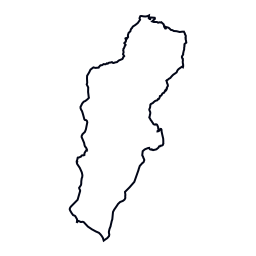 Valiug, Caras-Severin, Romania
{"feature_id": "2599482B27946002625345", "entity_name": "Valiug", "entity_type": "district", "adm_level": 2, "iso_a3": "ROU", "parent_name": "Romania", "parent_adm1": "Caras-Severin", "projection": "mercator", "projection_center": [22.046, 45.195], "detail": "fine", "context": "isolated", "style": "outline", "palette": "ink", "viewbox_px": 256, "rotation_deg": 0, "n_neighbors": 0, "source": "geoboundaries", "source_scale": "gbopen_adm2", "svg_char_len": 5678}
<svg xmlns="http://www.w3.org/2000/svg" viewBox="0 0 256 256"><path d="M103.7,240.6L105.5,239.3L107.3,238.1L109.0,236.1L109.3,234.5L108.9,232.8L108.9,231.6L109.2,230.3L109.5,229.0L110.0,227.7L110.5,226.5L110.9,224.6L111.3,222.9L111.7,221.1L112.3,219.3L113.0,212.0L114.1,209.8L117.2,205.3L118.0,204.0L120.1,202.0L122.9,200.9L124.3,199.8L124.6,199.5L125.0,198.7L125.3,198.0L125.2,195.8L125.4,195.1L125.0,191.9L129.5,187.4L134.3,181.9L138.6,169.7L138.6,169.4L139.8,165.9L141.9,163.6L142.3,163.1L143.1,162.6L143.6,162.1L144.3,160.0L144.0,159.2L143.9,158.8L143.3,157.7L143.3,157.3L143.1,157.0L142.9,156.3L142.3,155.6L142.3,154.6L142.4,153.9L142.7,151.2L144.6,149.5L145.4,149.1L148.2,148.0L149.1,147.9L149.1,148.3L150.0,149.3L150.5,149.5L151.2,149.5L151.7,149.3L152.2,149.9L152.7,149.8L152.9,149.9L153.0,149.9L153.2,150.1L155.0,149.7L156.1,149.4L156.5,149.3L156.9,148.9L158.4,147.7L159.1,146.4L160.4,146.2L160.5,145.7L162.0,145.5L162.4,145.3L162.8,145.0L163.3,143.7L163.2,143.6L163.3,143.0L163.3,142.2L163.3,140.8L163.2,138.7L162.2,134.4L161.6,131.5L161.5,129.8L161.4,129.5L161.1,129.0L160.4,128.9L160.1,129.2L159.5,130.3L159.0,130.9L158.1,131.3L157.5,131.4L157.5,131.1L158.4,130.5L158.5,129.6L158.2,128.5L158.2,127.5L157.6,125.9L157.0,124.7L156.2,124.3L155.6,124.3L155.4,124.6L154.7,124.6L154.0,124.4L153.3,123.9L153.0,123.2L152.1,122.0L151.7,121.2L150.9,120.3L150.3,119.2L149.9,118.3L149.3,117.6L149.4,117.0L149.8,115.9L149.9,114.8L150.2,114.0L150.3,112.8L150.2,112.0L149.9,111.3L149.4,110.1L149.3,109.3L149.9,108.0L150.2,106.8L150.2,105.8L150.4,105.2L150.4,104.6L150.6,104.5L150.9,104.0L152.9,103.0L153.6,102.2L155.1,101.0L155.8,100.7L157.2,100.3L157.6,99.7L157.9,99.2L158.3,99.3L158.7,99.1L159.6,97.6L159.8,96.9L159.9,96.1L160.3,96.0L161.3,95.5L162.4,93.6L163.2,93.0L164.1,92.7L164.4,92.2L164.6,91.5L165.4,90.2L165.8,90.6L166.3,90.0L166.9,88.7L166.7,88.5L166.7,88.2L166.8,87.8L167.3,86.9L167.5,86.6L167.7,86.2L167.8,86.0L167.9,85.9L167.8,85.1L167.7,84.8L167.7,84.4L167.1,83.2L166.8,81.7L166.5,80.8L166.4,80.7L166.9,80.1L167.4,80.0L167.6,79.9L168.7,78.9L169.9,78.2L170.4,77.9L170.9,77.2L171.2,76.9L171.5,76.5L172.1,75.9L172.2,75.7L173.4,74.6L173.6,74.4L174.2,74.1L175.3,73.3L176.6,72.4L177.3,70.7L177.5,70.4L177.9,69.8L178.8,68.9L179.6,68.4L179.9,68.1L180.2,67.9L180.7,67.6L181.8,66.8L182.0,66.7L182.6,67.1L182.9,67.3L183.1,66.6L183.2,65.9L183.1,65.3L183.1,64.2L182.8,63.1L182.8,62.8L182.8,62.4L182.7,61.9L182.9,60.7L182.8,59.3L182.9,59.0L182.7,58.6L182.4,58.5L182.4,58.3L182.0,57.6L181.9,57.1L181.9,56.8L182.1,56.1L182.6,55.5L182.8,55.0L183.0,54.8L183.1,54.6L183.2,54.2L183.2,53.9L183.1,53.6L183.1,53.4L183.2,53.0L183.3,52.8L183.6,51.3L183.7,50.9L183.8,50.5L184.0,50.1L184.1,49.8L184.2,48.2L184.2,47.3L184.4,46.8L184.5,46.0L184.5,45.5L184.4,45.5L184.4,44.8L184.5,44.6L184.5,44.4L184.6,43.9L185.1,43.5L185.4,43.4L185.9,42.9L186.3,42.6L186.1,41.6L186.1,41.2L186.0,40.7L185.9,40.2L185.8,39.7L185.7,39.4L185.6,39.1L185.7,38.8L185.6,38.4L185.8,38.0L185.7,37.8L185.5,37.6L185.5,37.4L185.7,36.8L185.8,36.2L185.8,35.9L185.6,35.7L185.4,34.9L185.0,34.4L184.9,34.1L184.9,33.6L184.4,32.6L184.0,32.1L183.9,31.7L182.1,31.7L179.7,32.0L176.6,31.2L173.8,31.0L172.5,30.2L170.9,29.9L169.6,28.6L168.6,27.8L167.5,27.4L166.5,27.2L165.8,26.9L166.0,27.5L165.9,28.4L165.3,28.5L164.2,26.8L163.7,24.4L161.3,22.2L160.4,22.5L159.4,22.3L158.1,22.7L156.9,22.0L153.8,22.0L152.2,21.4L154.9,18.8L154.7,17.8L152.8,17.6L150.5,17.5L150.2,19.1L149.6,19.0L148.7,18.1L149.0,15.4L147.6,16.1L145.7,16.5L143.7,16.4L142.0,16.1L141.0,16.0L140.3,16.2L139.5,18.2L140.1,19.7L137.8,23.0L135.3,25.0L132.8,26.6L131.8,28.3L131.3,28.6L130.6,30.1L130.4,31.2L129.3,32.3L128.7,32.7L127.9,35.1L128.1,37.0L127.0,38.5L126.6,38.0L126.4,37.9L126.2,38.0L125.5,38.3L125.4,38.6L125.5,38.8L125.9,39.5L126.0,39.7L126.0,40.6L125.8,40.9L125.8,41.6L124.9,42.4L124.3,43.1L124.7,43.7L125.6,44.8L125.5,45.1L125.3,45.5L124.7,46.1L124.6,46.7L123.9,48.3L123.4,48.9L123.4,49.9L123.2,50.4L123.4,51.0L123.6,52.3L123.0,54.2L124.2,56.1L123.7,56.7L123.1,57.3L122.9,58.2L122.4,59.0L118.8,60.5L117.0,62.1L115.3,62.4L114.3,62.7L114.2,62.8L113.5,63.0L112.7,62.8L112.1,62.2L111.5,62.2L111.0,62.5L109.7,62.6L108.5,62.9L107.9,63.6L107.3,63.7L106.8,63.4L106.4,63.7L105.7,64.2L105.4,64.3L103.6,64.1L102.3,65.0L101.9,65.2L101.3,65.3L100.9,65.2L100.0,65.7L99.9,66.0L99.0,66.9L98.9,67.2L98.7,67.6L97.8,67.7L95.4,67.9L93.4,67.4L90.5,69.6L89.1,72.5L87.1,75.8L87.0,78.5L87.2,82.9L86.7,84.4L88.2,87.4L88.1,92.0L88.7,96.9L88.9,97.8L87.6,99.2L85.3,101.0L83.7,101.7L82.2,103.5L81.3,105.4L81.0,106.0L80.5,106.9L80.6,108.4L81.2,109.8L82.0,111.1L82.8,113.6L83.2,115.0L83.6,116.5L84.0,118.0L84.4,119.4L84.9,119.9L85.0,120.0L85.6,120.1L86.2,120.2L86.9,120.9L87.3,122.3L85.9,129.3L84.9,131.9L82.5,134.2L81.7,135.9L81.6,137.0L84.1,142.9L84.5,145.0L85.0,146.5L85.7,147.2L86.0,147.6L86.5,148.5L86.8,149.3L86.6,149.3L86.5,149.9L86.7,150.5L86.2,150.5L86.0,150.8L85.6,151.3L85.2,151.9L84.8,152.6L84.5,153.2L84.4,153.9L84.3,154.7L84.4,154.9L83.8,155.3L82.2,155.3L81.5,155.7L81.0,156.6L79.8,157.1L78.9,157.5L77.9,157.5L77.7,157.7L77.5,158.5L77.4,159.3L77.1,160.2L76.7,161.2L76.7,161.6L77.2,161.9L76.8,162.8L77.2,164.0L79.8,167.9L81.8,172.4L82.4,175.2L82.2,177.2L81.7,178.4L81.3,181.2L81.2,184.0L80.9,185.2L79.1,187.9L79.5,189.1L80.1,190.2L80.1,191.1L77.6,199.8L70.8,206.7L70.5,207.2L70.1,207.8L69.9,208.4L69.7,209.1L69.9,209.9L70.3,210.8L71.6,213.0L73.1,215.1L73.7,215.3L74.2,215.5L74.8,215.8L75.3,216.2L76.2,217.8L77.0,219.2L77.1,220.9L76.7,222.8L77.8,221.3L78.4,220.9L79.6,221.4L80.7,222.0L81.4,222.0L82.1,221.8L82.8,221.8L83.8,222.2L87.9,226.6L92.2,229.5L93.0,229.9L95.9,231.5L98.9,232.8L100.5,234.4L101.8,236.1L102.9,237.9L103.7,240.6Z" fill="none" stroke="#020617" stroke-width="2"/></svg>